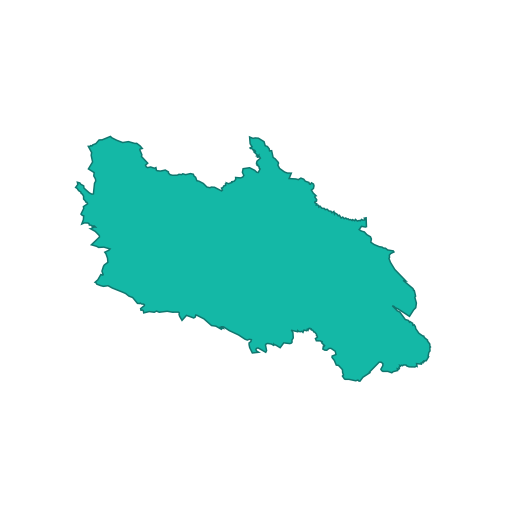 outline of Cardonal, Hidalgo, Mexico, rotated 299°
{"feature_id": "50627088B80156455392476", "entity_name": "Cardonal", "entity_type": "district", "adm_level": 2, "iso_a3": "MEX", "parent_name": "Mexico", "parent_adm1": "Hidalgo", "projection": "equal_earth", "projection_center": [-99.045, 20.596], "detail": "fine", "context": "isolated", "style": "filled", "palette": "teal", "viewbox_px": 512, "rotation_deg": 299, "n_neighbors": 0, "source": "geoboundaries", "source_scale": "gbopen_adm2", "svg_char_len": 6109}
<svg xmlns="http://www.w3.org/2000/svg" viewBox="0 0 512 512"><g transform="rotate(299 256 256)"><path d="M346.0,204.0L344.9,208.3L343.9,208.0L344.2,209.0L345.1,209.4L343.8,209.6L342.8,208.8L343.6,210.1L344.7,210.5L343.7,212.4L339.4,210.9L337.5,211.4L336.8,211.8L336.9,212.9L336.0,212.8L335.7,215.2L334.3,216.3L334.1,217.4L330.1,217.5L329.6,216.1L330.3,213.3L330.1,207.6L326.1,202.4L322.6,203.5L320.6,206.3L318.5,206.1L316.8,204.6L314.8,200.1L313.2,201.1L310.8,200.7L309.2,198.8L308.7,199.3L305.9,196.9L305.6,194.6L305.2,195.0L304.3,194.3L303.0,195.2L301.6,193.8L299.9,193.9L298.7,192.9L297.3,194.7L296.2,194.3L296.0,186.4L294.6,183.5L293.4,182.6L292.5,179.7L293.9,174.8L293.8,170.0L293.2,167.7L295.6,165.0L295.8,163.2L297.1,161.5L296.3,158.7L293.0,155.0L292.4,152.1L291.1,151.5L290.1,149.0L288.5,148.0L286.1,143.8L285.5,141.5L286.0,139.4L287.1,138.6L287.2,135.0L283.9,131.2L282.7,128.3L282.7,127.3L284.8,125.6L283.5,124.6L282.8,120.7L280.7,118.3L280.8,116.7L281.9,115.3L284.7,116.3L287.5,107.6L289.2,107.1L292.6,102.8L293.4,102.8L294.9,104.4L296.1,101.3L296.7,97.1L295.7,95.4L294.2,89.0L290.6,84.4L289.7,78.0L289.5,72.7L290.0,70.7L283.0,65.1L281.4,62.5L276.7,61.5L274.0,59.3L272.7,59.1L272.4,57.9L271.6,57.8L270.6,56.2L266.8,62.1L264.2,63.0L259.0,67.5L250.9,67.2L250.5,74.0L247.4,75.3L245.6,78.2L243.8,79.5L241.3,79.5L231.5,83.7L230.5,82.5L230.4,79.6L232.0,72.6L233.8,71.3L233.8,67.8L234.5,66.5L233.9,64.0L232.2,65.5L228.5,65.0L228.4,66.8L227.2,69.1L227.0,71.8L226.2,72.4L225.8,74.4L224.7,76.2L222.2,77.6L221.4,80.2L220.7,80.8L221.0,82.1L220.0,83.4L215.5,81.1L214.0,82.3L207.8,82.6L207.3,84.4L207.6,85.8L204.1,87.4L199.5,88.1L201.7,89.8L203.3,92.8L203.4,94.2L202.3,95.2L203.0,97.0L202.7,97.7L203.9,100.2L203.5,101.6L202.8,100.2L201.8,99.7L201.7,98.9L200.5,99.2L199.6,98.1L199.6,103.4L197.9,109.1L196.7,109.9L186.0,106.6L187.2,111.9L187.2,114.2L190.0,118.6L191.4,124.9L189.7,124.5L186.0,121.9L185.2,123.7L182.1,127.2L178.7,129.5L174.7,127.7L173.0,127.6L168.1,128.6L165.5,131.4L164.8,130.8L164.6,129.3L158.5,129.2L155.0,128.0L155.1,128.9L154.2,130.5L154.8,134.6L155.5,137.3L158.3,141.0L158.3,145.7L159.7,156.9L160.0,160.1L159.3,164.3L159.9,168.2L157.1,175.3L158.1,177.5L158.7,177.6L158.6,179.3L159.4,181.0L159.3,182.0L158.5,182.4L154.0,180.6L152.8,181.7L153.7,183.0L153.5,184.0L151.8,185.4L155.6,189.5L157.5,194.3L159.6,195.7L159.9,198.6L164.6,205.1L166.3,210.0L169.3,215.4L169.1,216.5L167.5,217.1L166.2,218.5L163.8,222.5L170.4,224.0L171.6,231.6L173.3,232.5L175.1,231.9L175.5,232.8L175.8,240.9L173.6,250.8L175.2,254.9L175.1,261.9L176.1,259.8L176.8,262.2L177.5,260.3L178.3,261.9L177.8,268.9L178.5,279.0L177.9,286.8L178.3,289.2L179.9,290.5L180.6,292.5L178.7,293.0L176.6,292.1L175.0,293.0L172.8,294.9L169.4,299.8L173.1,305.0L173.2,302.7L174.1,301.2L175.4,301.2L176.6,302.3L176.5,311.2L178.4,311.1L182.8,307.4L184.2,307.6L185.2,308.6L186.5,312.2L186.4,314.5L187.5,314.3L187.0,315.1L187.7,316.1L187.5,321.6L193.5,322.4L195.8,328.1L197.1,329.2L198.1,329.3L199.9,328.2L202.4,328.3L206.8,325.5L208.1,323.5L208.1,322.6L209.9,329.0L211.0,328.6L210.7,330.0L211.5,331.9L212.5,332.7L212.0,334.1L214.5,333.9L215.2,336.6L216.6,336.4L216.3,337.5L218.0,337.1L218.9,338.1L218.4,338.8L219.0,339.7L218.2,340.3L218.6,341.6L217.6,343.5L217.9,344.2L216.9,346.9L215.7,347.5L215.6,348.5L214.6,349.1L212.6,348.0L211.1,349.9L213.1,353.7L212.6,354.8L213.0,355.3L211.8,355.9L210.9,359.4L209.7,359.3L209.6,358.7L207.0,359.6L207.0,361.8L207.9,363.6L210.5,364.6L211.6,366.3L211.1,371.5L208.6,373.7L205.4,371.1L204.1,371.7L202.6,375.2L199.5,379.1L200.3,381.2L198.5,386.7L196.0,388.3L194.4,390.2L192.9,389.8L191.3,393.0L191.4,393.8L193.2,397.1L195.2,403.7L196.9,405.3L196.5,406.5L196.9,407.6L201.8,408.3L209.2,412.2L209.4,411.5L222.9,415.2L223.8,416.9L223.4,419.1L221.6,420.1L217.5,420.1L216.7,421.4L216.6,422.9L219.0,427.3L219.7,431.4L221.4,432.1L224.5,435.4L225.9,434.2L226.1,435.6L227.0,436.0L228.0,435.0L229.4,435.7L230.0,434.9L230.1,435.8L231.0,436.2L231.1,437.4L232.2,437.8L233.4,440.2L232.9,441.2L233.3,443.7L236.0,448.8L237.4,449.6L237.5,450.4L239.7,448.6L241.6,453.0L242.5,452.3L243.5,453.8L244.2,453.2L244.6,454.1L245.6,453.7L245.8,454.6L246.7,454.8L247.0,455.7L251.7,455.8L251.9,455.1L255.5,453.9L257.3,454.2L260.2,452.4L261.0,452.7L261.4,451.8L263.3,450.6L264.8,447.2L265.6,446.8L266.3,442.8L267.3,441.5L266.9,440.5L267.4,435.9L269.9,430.9L271.5,429.6L272.5,427.7L271.5,426.9L273.1,425.6L273.3,422.4L272.6,422.3L273.5,420.3L272.8,417.4L276.7,408.9L276.5,406.2L278.6,399.3L278.8,401.3L278.3,402.9L278.6,405.8L277.6,419.5L285.4,420.0L288.2,420.8L292.6,419.1L296.9,414.9L298.2,415.1L302.4,411.3L302.3,410.4L303.1,410.0L303.7,408.6L305.9,397.2L306.6,397.5L306.9,398.9L311.5,383.9L315.6,376.7L318.4,373.4L319.4,373.5L321.4,372.2L323.4,372.6L326.4,374.7L327.0,373.6L325.1,368.2L325.6,365.5L324.7,363.7L324.9,362.0L323.9,359.2L323.3,353.7L323.7,349.7L326.8,348.7L328.3,346.8L328.4,342.6L329.6,339.1L328.9,336.1L329.1,333.4L333.1,333.9L334.4,337.7L335.2,338.4L342.8,333.8L341.6,332.4L340.7,333.9L340.2,333.5L339.1,331.9L339.2,330.6L337.4,330.1L337.1,329.0L335.7,327.7L336.2,325.2L334.7,325.2L334.6,322.8L333.6,322.8L333.7,321.0L332.8,319.8L333.2,318.5L332.4,317.6L332.8,316.1L331.4,315.0L332.1,313.0L330.5,312.0L332.1,309.2L331.0,308.4L331.8,307.0L331.9,304.2L330.8,304.2L332.7,302.5L330.6,301.4L331.5,299.9L330.7,297.9L331.4,295.6L330.1,294.1L330.7,292.7L329.7,290.4L330.6,287.8L329.3,287.3L330.6,286.0L329.9,283.9L331.0,284.0L331.2,281.5L332.3,281.3L333.3,282.3L334.7,281.8L336.0,278.9L337.2,278.7L337.8,279.3L338.8,275.5L340.5,272.5L342.9,273.5L345.5,272.7L346.8,271.4L346.9,269.0L345.1,268.8L344.9,267.9L346.0,266.6L345.3,262.9L346.3,260.5L345.9,257.5L343.3,256.0L342.7,253.5L339.8,247.4L345.6,246.7L343.8,243.4L343.3,240.3L344.0,234.2L346.1,231.0L348.1,230.7L348.7,230.0L350.3,225.6L350.5,223.2L355.7,218.6L354.5,216.9L356.1,215.6L357.3,212.9L356.9,210.6L359.9,207.6L360.2,201.0L358.9,198.1L357.4,196.3L357.0,192.7L351.3,196.5L349.6,199.6L347.6,198.4L347.1,199.6L347.8,198.8L348.3,199.4L347.7,200.7L347.7,204.6L347.1,201.8L347.1,205.5L346.7,203.7L346.6,204.5L346.0,204.0Z" fill="#14b8a6" stroke="#0f766e" stroke-width="1.5"/></g></svg>